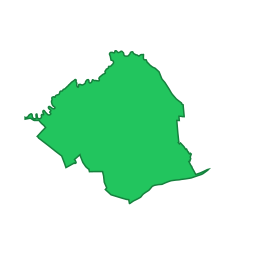 Micula, Satu Mare, Romania (Albers equal-area conic projection), rotated 306°
{"feature_id": "2599482B78351896705801", "entity_name": "Micula", "entity_type": "district", "adm_level": 2, "iso_a3": "ROU", "parent_name": "Romania", "parent_adm1": "Satu Mare", "projection": "albers", "projection_center": [22.96, 47.916], "detail": "fine", "context": "isolated", "style": "filled", "palette": "green", "viewbox_px": 256, "rotation_deg": 306, "n_neighbors": 0, "source": "geoboundaries", "source_scale": "gbopen_adm2", "svg_char_len": 5512}
<svg xmlns="http://www.w3.org/2000/svg" viewBox="0 0 256 256"><g transform="rotate(306 128 128)"><path d="M179.1,159.1L179.2,158.9L179.1,157.9L179.1,157.2L179.7,156.5L179.8,151.3L179.9,149.9L181.3,144.0L181.9,142.3L183.6,138.5L186.5,131.1L187.3,127.7L187.7,126.4L191.7,120.1L192.3,114.8L191.7,112.1L191.8,108.8L192.0,107.7L192.3,106.6L192.4,105.9L192.3,105.5L192.3,105.2L192.7,104.5L192.8,104.3L193.1,103.9L193.3,103.4L193.8,102.6L193.3,101.9L192.9,101.4L192.8,101.1L192.8,100.5L193.0,100.1L193.8,99.2L196.5,97.4L196.5,97.1L195.8,96.5L195.3,95.7L195.0,95.4L194.5,95.1L192.9,94.7L192.6,94.5L192.5,94.2L192.4,92.4L192.2,92.0L191.9,91.5L191.7,91.2L191.8,90.5L191.6,89.5L191.6,88.9L191.7,88.4L192.1,87.6L192.3,87.3L192.3,86.9L192.1,86.5L191.3,85.9L190.9,85.7L190.6,85.6L189.6,85.9L188.8,86.0L186.8,85.8L186.2,85.6L185.6,85.1L184.8,83.9L184.5,83.2L184.4,82.6L184.5,82.2L184.9,81.5L185.7,80.7L186.0,80.4L186.2,79.9L186.2,79.3L186.3,78.9L186.5,78.4L186.4,78.0L186.3,77.6L186.1,77.4L185.8,77.1L185.1,77.0L184.4,76.6L183.8,76.3L183.5,76.0L183.3,75.6L183.2,75.2L183.2,74.9L183.5,73.7L183.5,73.2L183.4,72.8L182.9,72.3L182.6,72.2L181.3,72.8L180.8,72.7L180.4,72.3L180.2,71.7L179.9,70.7L179.5,70.2L178.8,69.4L178.4,69.3L177.6,69.3L177.3,69.4L177.0,69.5L176.7,69.8L175.7,71.4L174.5,72.7L173.8,73.4L172.9,74.5L173.3,75.2L173.5,76.5L173.4,76.8L172.6,77.7L172.2,78.0L171.6,78.1L170.8,78.1L168.0,77.7L167.4,77.4L167.0,76.9L166.7,76.3L166.2,76.2L165.3,76.7L165.0,76.7L164.4,76.7L163.7,76.4L163.0,75.9L162.3,76.0L160.9,76.0L160.4,76.1L160.1,76.2L159.5,77.0L159.1,77.3L158.7,77.3L156.4,76.1L154.7,75.7L153.3,75.3L152.2,75.1L151.5,75.2L151.1,75.3L150.7,75.6L150.3,76.4L149.9,76.7L149.5,76.8L149.1,76.8L148.8,76.5L148.2,75.5L147.8,74.9L147.6,74.1L146.6,73.0L146.5,72.5L146.4,71.3L146.2,71.0L145.7,71.0L144.3,71.5L143.7,71.5L142.8,71.3L142.3,71.1L142.0,70.7L141.9,70.2L142.0,69.7L142.2,69.4L143.1,68.8L143.3,68.5L143.7,67.9L143.8,67.5L143.7,67.3L143.3,66.9L143.0,66.6L142.5,66.5L140.9,66.4L140.4,66.5L140.0,66.7L138.9,67.1L137.1,66.5L136.6,66.2L136.1,65.9L135.9,65.7L135.7,65.4L135.2,63.7L134.9,63.3L134.5,62.8L134.1,62.7L133.8,62.8L132.7,63.4L132.2,63.7L131.7,63.7L131.5,63.2L131.6,62.7L131.9,62.0L132.1,61.7L132.4,61.4L133.4,60.8L133.8,60.5L134.3,60.0L134.8,59.0L135.1,58.6L135.4,58.4L136.2,58.0L136.4,57.7L136.4,57.4L136.4,57.1L136.2,56.8L135.9,56.6L135.1,56.5L134.3,56.3L131.8,55.4L128.7,55.0L127.8,54.7L127.2,54.8L126.6,54.7L125.7,54.4L124.9,54.4L124.3,54.2L122.7,54.0L122.2,53.7L121.5,53.2L121.2,53.0L120.5,53.0L119.8,53.1L119.1,52.8L118.6,52.4L118.2,51.8L117.9,51.7L117.5,51.6L116.5,51.9L115.8,52.2L115.1,52.4L114.8,52.3L114.4,52.2L113.8,51.8L112.5,50.8L112.0,50.6L111.4,50.5L110.7,50.6L110.1,50.8L109.9,50.8L109.8,50.6L109.8,50.1L109.6,49.6L109.4,49.3L108.3,48.6L107.9,48.6L107.4,48.8L106.1,50.0L105.1,50.2L104.6,50.4L104.3,50.7L103.7,51.2L102.5,52.8L102.2,53.4L101.9,54.3L101.8,55.0L101.8,56.1L101.8,56.5L101.6,56.9L101.3,57.1L100.9,57.2L100.5,57.2L100.0,56.8L99.7,56.4L99.5,55.9L99.4,55.3L99.4,53.2L99.3,52.1L99.2,51.7L98.9,51.4L98.4,51.3L98.2,51.3L97.8,51.5L97.3,52.1L97.1,52.8L97.0,53.4L97.1,54.5L97.1,54.8L96.9,55.2L96.6,55.4L96.3,55.5L95.0,55.3L94.9,55.3L94.7,55.5L94.6,55.8L94.5,56.6L94.3,57.1L93.9,57.3L93.3,57.3L92.9,57.1L92.3,56.8L92.0,56.4L91.7,55.5L91.7,54.8L92.2,52.0L92.8,50.3L92.8,49.9L92.7,49.5L92.4,49.3L92.0,49.2L91.7,49.3L91.2,49.5L90.6,50.1L90.1,50.8L89.6,51.5L89.2,51.8L88.8,51.6L88.4,50.6L88.3,50.4L87.9,50.3L87.7,50.3L87.0,50.6L86.2,51.5L85.8,51.7L84.8,51.7L83.8,51.4L83.7,51.3L83.2,50.3L82.9,50.0L82.9,49.4L82.9,49.1L83.1,48.7L83.5,48.2L85.5,46.4L85.7,46.2L85.6,45.8L85.3,45.6L84.7,45.7L83.6,46.6L82.6,47.6L82.3,47.8L81.9,47.8L81.5,47.8L81.2,47.6L80.8,47.3L80.4,46.7L80.2,46.2L80.2,45.6L80.3,45.2L80.6,44.5L80.9,44.0L82.4,42.6L82.6,42.2L82.7,41.7L82.5,41.3L82.0,40.9L80.6,40.4L79.9,40.3L78.6,40.4L77.7,40.3L76.4,39.2L76.1,38.8L76.1,38.5L75.8,38.7L75.9,38.8L74.7,39.6L78.1,42.8L78.4,43.3L78.6,43.8L78.8,46.9L78.9,47.3L79.1,47.9L79.6,48.5L81.7,51.5L81.8,51.7L81.4,52.9L81.1,54.1L80.7,56.8L80.7,57.4L80.7,58.1L80.3,59.6L80.2,60.2L80.0,60.5L79.9,61.0L75.0,60.3L67.8,59.5L67.7,61.1L67.4,61.4L67.3,62.1L67.0,73.5L66.7,80.8L66.6,82.3L66.4,90.8L61.7,98.0L59.5,101.1L68.2,105.2L68.3,105.3L68.1,105.7L68.1,105.9L68.8,106.4L69.4,106.4L70.0,105.7L70.6,104.7L71.1,103.2L74.0,103.9L78.2,104.8L77.5,105.6L73.8,111.4L73.4,112.2L71.8,116.8L71.8,117.8L71.7,118.1L71.6,118.8L71.6,120.3L71.7,120.5L70.0,122.5L73.8,127.5L77.8,133.0L74.8,136.5L70.7,140.2L70.1,140.8L69.2,142.3L67.2,145.7L67.0,145.9L66.8,146.0L64.9,145.8L64.0,153.5L67.8,164.6L69.4,168.9L70.5,170.7L67.8,173.5L67.9,173.8L72.2,175.3L76.2,177.4L79.0,178.7L80.1,179.0L82.1,179.0L83.6,179.2L86.3,180.1L88.8,181.1L90.4,181.6L95.1,181.9L97.3,183.2L97.5,183.4L100.1,185.9L102.4,188.6L105.2,190.2L107.9,191.9L110.5,193.7L111.6,194.8L113.9,197.2L116.3,200.0L117.8,201.4L120.8,204.6L123.2,207.0L124.9,208.6L127.5,210.4L131.2,213.0L133.4,214.6L134.1,215.0L135.4,215.6L140.6,217.3L142.0,217.5L140.9,216.6L137.5,214.8L134.5,213.1L131.3,210.9L130.3,210.0L132.0,206.5L133.6,203.0L133.9,202.9L134.5,201.7L134.4,201.4L136.7,196.9L138.0,197.6L138.4,197.0L139.9,196.9L141.1,195.4L144.1,194.5L144.2,193.2L143.2,193.0L143.1,192.9L143.2,192.6L143.4,192.0L144.1,191.0L144.1,190.7L143.9,190.5L145.4,187.7L144.6,187.2L145.8,184.2L146.7,179.5L146.7,179.1L145.3,178.9L145.8,177.1L146.8,177.2L147.0,176.9L153.3,171.2L162.8,163.0L164.2,165.1L167.4,162.3L168.7,164.2L169.0,165.0L169.4,165.7L170.2,166.8L178.4,159.6L179.1,159.1Z" fill="#22c55e" stroke="#15803d" stroke-width="1.5"/></g></svg>